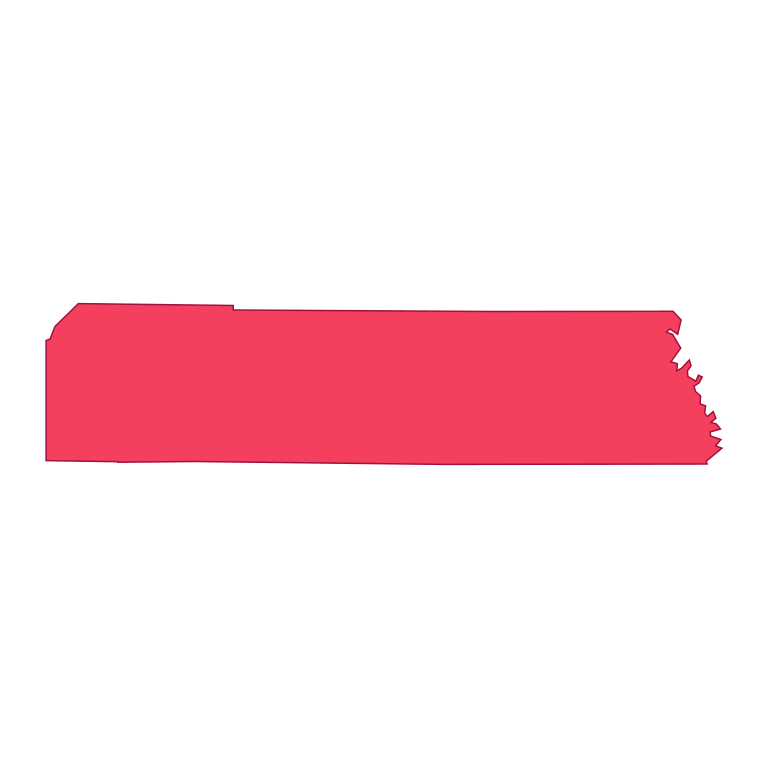 Wayne, Utah, United States of America
{"feature_id": "52423323B53425480585929", "entity_name": "Wayne", "entity_type": "district", "adm_level": 2, "iso_a3": "USA", "parent_name": "United States of America", "parent_adm1": "Utah", "projection": "albers", "projection_center": [-110.379, 38.33], "detail": "fine", "context": "isolated", "style": "filled", "palette": "rose", "viewbox_px": 768, "rotation_deg": 0, "n_neighbors": 0, "source": "geoboundaries", "source_scale": "gbopen_adm2", "svg_char_len": 749}
<svg xmlns="http://www.w3.org/2000/svg" viewBox="0 0 768 768"><path d="M46.1,460.6L117.9,461.7L117.9,462.2L194.2,461.5L445.1,464.4L707.2,464.0L706.1,461.3L721.9,448.2L715.6,445.9L720.9,439.5L710.7,436.1L710.1,432.0L720.5,429.0L716.4,424.0L710.8,422.4L715.9,418.3L713.2,411.6L707.5,416.5L704.6,413.3L705.6,405.9L700.1,403.8L700.6,396.0L695.5,391.5L694.0,386.2L699.1,382.8L702.2,377.0L698.4,375.2L695.9,381.2L687.9,376.5L687.4,371.0L691.0,365.7L689.3,360.0L681.7,368.1L676.8,370.8L677.4,363.8L670.9,361.8L680.7,348.1L672.6,334.4L666.5,332.2L669.9,328.9L677.7,334.3L681.1,320.0L673.0,311.3L494.1,311.5L233.2,310.0L233.2,305.5L78.4,303.6L74.9,307.0L55.0,326.5L50.1,339.0L46.1,340.5L46.1,460.6Z" fill="#f43f5e" stroke="#9f1239" stroke-width="1.5"/></svg>